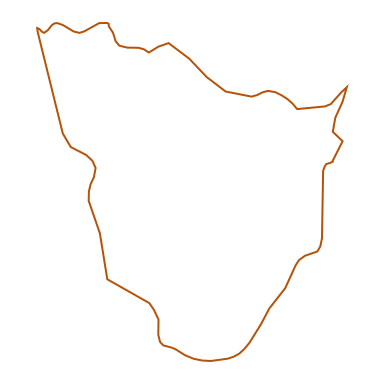 SVG path tracing the border of Annaba
{"feature_id": "DZA-2163", "entity_name": "Annaba", "entity_type": "Province", "adm_level": 1, "iso_a3": "DZA", "parent_name": "Algeria", "parent_adm1": "", "projection": "natural_earth1", "projection_center": [7.527, 36.848], "detail": "fine", "context": "isolated", "style": "outline", "palette": "amber", "viewbox_px": 384, "rotation_deg": 0, "n_neighbors": 0, "source": "natural_earth", "source_scale": "10m", "svg_char_len": 1143}
<svg xmlns="http://www.w3.org/2000/svg" viewBox="0 0 384 384"><path d="M37.2,28.1L39.4,29.0L41.8,31.6L44.1,32.9L47.8,30.2L52.0,25.0L54.5,23.4L57.4,23.1L63.0,25.1L73.7,31.5L79.5,32.9L84.4,31.3L99.2,23.1L107.0,23.0L108.6,23.7L108.9,26.5L113.1,32.9L115.5,41.0L119.2,45.6L127.0,47.6L138.6,47.8L143.7,49.2L148.9,52.5L158.3,46.7L168.6,43.1L189.4,58.8L206.6,77.0L225.6,91.5L251.5,96.6L257.1,95.1L262.2,92.5L267.8,90.9L275.1,92.1L281.6,95.3L287.5,99.1L292.7,103.8L297.2,109.1L325.0,106.4L330.8,104.1L341.3,92.3L346.8,87.2L342.5,101.9L335.3,117.7L332.8,131.8L342.6,141.2L332.3,161.6L332.5,161.8L330.1,162.9L326.2,164.1L324.8,166.4L323.1,170.9L322.0,238.2L320.3,246.4L317.3,251.5L304.9,255.8L298.9,260.2L295.6,265.4L285.2,288.2L269.3,308.5L260.9,324.4L249.4,342.8L244.6,348.7L239.3,353.6L233.7,356.7L227.6,358.7L210.7,361.0L202.1,360.5L193.8,358.8L185.4,355.4L175.4,349.2L172.3,347.8L163.3,345.4L160.1,342.0L158.3,335.0L158.5,319.5L153.9,309.8L149.3,303.1L107.3,279.3L99.9,233.4L88.7,200.8L88.9,191.5L90.6,184.2L93.9,177.2L95.6,168.0L92.4,160.8L86.2,155.0L70.8,147.1L62.8,133.5L37.7,32.0L37.2,28.1Z" fill="none" stroke="#b45309" stroke-width="2"/></svg>